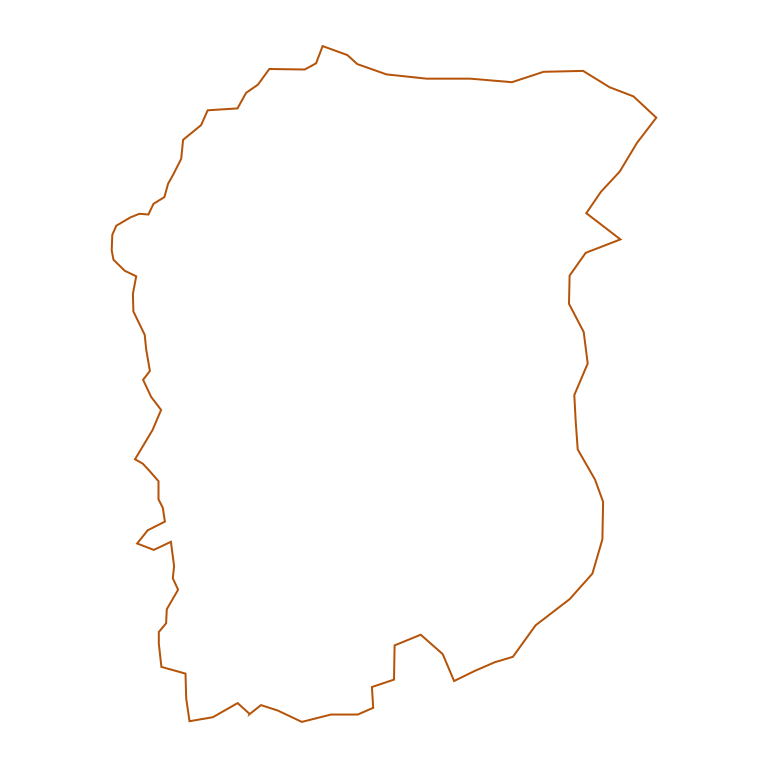 outline of Agios Dimitrianos, Paphos, Cyprus
{"feature_id": "46923920B5099414499518", "entity_name": "Agios Dimitrianos", "entity_type": "district", "adm_level": 2, "iso_a3": "CYP", "parent_name": "Cyprus", "parent_adm1": "Paphos", "projection": "orthographic", "projection_center": [32.548, 34.902], "detail": "fine", "context": "isolated", "style": "outline", "palette": "amber", "viewbox_px": 768, "rotation_deg": 0, "n_neighbors": 0, "source": "geoboundaries", "source_scale": "gbopen_adm2", "svg_char_len": 1382}
<svg xmlns="http://www.w3.org/2000/svg" viewBox="0 0 768 768"><path d="M347.4,55.1L322.6,46.1L316.1,63.3L304.7,69.5L269.3,69.0L257.9,84.7L246.1,92.8L237.5,108.4L207.7,110.3L201.1,125.1L183.1,139.8L181.2,158.8L173.2,174.6L168.1,183.7L164.4,197.1L153.5,203.8L148.4,214.5L139.3,213.8L130.2,217.5L116.3,225.7L112.3,234.8L111.7,250.4L113.5,259.8L124.8,270.8L136.2,276.3L132.9,293.9L133.4,311.5L144.7,334.8L146.2,349.5L149.9,370.9L143.1,379.8L151.2,397.0L161.1,409.9L152.5,430.1L135.0,459.3L142.7,463.6L148.7,470.0L158.5,481.2L158.5,499.3L162.8,507.8L164.9,521.6L147.8,530.2L137.1,543.5L153.8,549.9L170.9,541.8L174.1,566.2L172.8,578.3L178.1,589.7L166.8,609.2L166.1,623.3L158.8,632.0L158.8,643.4L161.4,666.9L185.5,673.6L186.2,698.4L189.5,721.2L212.9,717.2L237.6,703.1L249.6,713.9L249.5,714.2L261.0,705.1L277.7,710.5L301.8,721.9L331.1,714.5L357.9,714.5L373.2,707.8L371.9,687.0L394.0,679.6L394.6,645.4L420.7,634.7L442.7,654.1L454.1,681.0L474.8,670.9L494.8,662.2L496.6,661.7L512.9,656.8L535.6,625.3L569.7,599.1L592.4,573.6L602.4,539.3L603.1,501.8L595.0,479.6L577.7,449.4L575.7,421.2L574.3,395.1L587.7,363.5L583.7,332.0L569.0,303.8L569.6,275.6L585.7,252.8L620.4,239.4L586.3,213.2L601.0,191.7L619.7,171.6L637.1,142.7L656.3,117.7L633.5,96.4L609.7,87.3L583.1,70.9L543.6,71.8L511.9,82.2L470.7,78.7L426.9,78.7L386.5,74.4L357.3,64.1L347.4,55.1Z" fill="none" stroke="#b45309" stroke-width="2"/></svg>